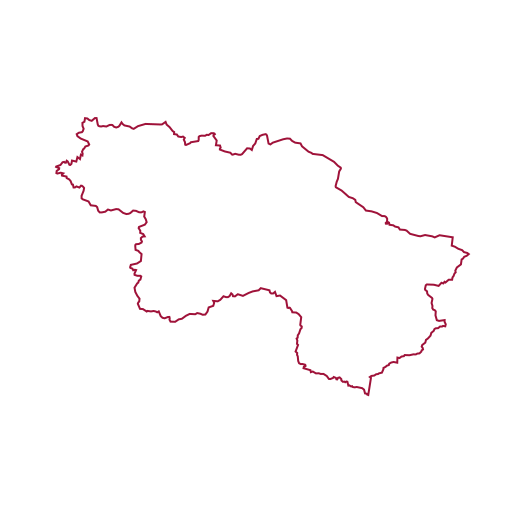 Puriscal, San José, Costa Rica, rotated 98°
{"feature_id": "36466004B36005628367911", "entity_name": "Puriscal", "entity_type": "district", "adm_level": 2, "iso_a3": "CRI", "parent_name": "Costa Rica", "parent_adm1": "San José", "projection": "natural_earth1", "projection_center": [-84.357, 9.734], "detail": "fine", "context": "isolated", "style": "outline", "palette": "rose", "viewbox_px": 512, "rotation_deg": 98, "n_neighbors": 0, "source": "geoboundaries", "source_scale": "gbopen_adm2", "svg_char_len": 6083}
<svg xmlns="http://www.w3.org/2000/svg" viewBox="0 0 512 512"><g transform="rotate(98 256 256)"><path d="M367.6,166.7L367.5,165.3L366.0,162.7L365.0,162.2L365.6,159.9L366.9,159.2L366.9,158.4L365.2,157.8L364.6,156.3L366.0,154.4L367.4,154.1L368.5,152.4L368.1,150.9L368.6,150.1L367.7,149.0L367.8,148.0L371.5,146.5L371.1,145.6L371.9,143.9L371.6,142.8L372.0,142.7L372.3,141.6L372.3,139.9L371.7,138.0L372.1,132.5L373.3,130.4L376.9,128.9L377.0,127.0L377.7,126.7L378.0,125.5L360.7,125.2L360.0,126.4L358.7,125.0L357.9,122.2L356.4,120.6L355.9,118.7L355.1,117.9L354.0,115.1L350.5,114.1L349.1,114.2L347.7,112.2L346.5,111.3L345.5,109.3L344.1,109.1L342.7,107.3L341.8,105.0L342.0,101.3L336.9,101.8L337.1,99.7L335.3,97.9L334.6,95.6L333.4,95.0L332.9,90.2L331.5,86.5L331.2,84.0L330.2,82.7L329.7,80.6L327.7,79.0L326.4,78.8L325.3,77.6L323.9,78.1L322.7,79.3L321.0,79.0L318.2,76.3L315.4,76.0L313.9,74.4L310.6,72.1L307.7,71.7L305.4,69.6L303.5,69.1L302.6,68.0L302.1,65.6L300.2,63.9L300.0,62.0L299.2,61.1L299.3,58.8L297.2,58.6L294.9,60.1L293.2,60.3L294.8,65.7L294.4,68.0L289.8,70.0L285.8,70.3L284.8,71.4L284.4,73.1L283.0,74.2L280.9,74.3L278.1,75.6L273.9,75.3L273.0,75.9L270.6,80.1L269.3,81.2L267.2,81.7L266.0,83.7L265.2,84.1L261.4,83.8L260.4,82.9L259.7,75.9L260.2,71.0L256.7,68.6L257.1,66.7L255.3,65.7L255.9,64.7L252.7,61.9L252.2,58.5L249.8,58.4L248.4,57.6L245.7,57.0L244.4,56.0L242.8,56.6L239.4,55.5L235.8,51.9L230.8,51.9L229.8,50.7L227.8,49.7L226.5,47.4L224.5,45.6L223.6,47.2L223.2,50.6L221.5,52.7L220.7,56.7L219.1,60.4L218.5,63.6L210.1,63.8L209.9,77.1L212.7,81.6L212.0,84.2L211.7,91.5L213.6,96.0L213.6,98.1L212.6,106.5L209.9,110.4L209.5,112.2L209.8,117.2L207.8,118.9L207.5,122.4L206.5,124.3L206.5,128.2L204.5,128.9L204.2,129.5L205.8,130.6L205.9,131.9L205.2,132.1L204.2,131.2L202.2,131.1L200.6,131.4L199.2,132.7L198.6,134.1L198.9,136.8L196.6,142.2L195.7,147.8L195.7,153.5L192.8,156.5L188.8,164.7L186.6,165.5L185.3,168.2L184.6,172.3L179.3,180.3L176.8,186.5L175.7,186.9L171.2,186.4L168.2,185.6L160.7,185.4L157.7,184.1L156.7,184.4L155.2,187.5L151.9,191.8L146.8,204.0L147.0,214.2L146.2,215.4L145.4,218.5L141.0,225.7L138.3,227.6L138.3,233.0L137.0,236.3L135.1,238.7L135.3,241.6L136.6,245.3L141.4,255.1L143.5,257.3L142.9,259.2L135.4,261.8L134.3,262.6L134.0,263.4L135.1,266.4L136.7,269.0L139.6,269.9L140.0,271.5L144.7,272.4L147.4,274.2L151.6,274.9L150.4,277.0L150.6,279.8L157.1,284.0L157.9,285.3L158.1,287.3L157.7,290.8L158.9,293.2L158.9,293.8L157.3,295.8L156.8,301.5L155.6,306.6L154.8,306.7L153.6,306.1L151.6,307.0L151.9,311.1L147.1,311.0L143.1,314.9L142.3,314.9L141.1,313.7L140.5,314.2L140.3,315.1L140.6,317.5L142.8,319.8L142.8,321.6L144.0,323.1L144.4,326.7L145.2,328.7L146.1,329.3L149.0,328.9L150.2,329.2L152.4,336.3L153.5,337.0L155.8,340.8L155.6,341.6L153.1,342.2L150.8,343.7L149.0,343.0L147.9,344.9L148.6,346.6L148.5,349.6L146.7,351.3L146.7,354.1L144.6,354.3L143.9,355.9L140.4,359.5L138.3,362.8L135.8,364.2L138.7,367.3L139.0,368.4L140.6,383.8L143.8,390.9L147.1,394.8L146.8,396.5L145.4,399.1L145.0,404.5L143.8,406.5L142.4,407.8L146.1,409.4L147.2,410.3L148.2,412.3L147.8,414.5L146.3,416.4L146.3,417.5L146.6,419.2L148.6,422.2L148.6,425.5L149.3,427.4L149.3,429.2L149.0,430.2L147.8,431.0L141.6,433.1L141.8,434.7L145.0,437.5L144.6,440.0L143.3,442.1L143.3,444.5L146.9,444.6L148.3,446.4L151.4,445.9L154.0,444.4L156.5,444.9L157.6,445.6L158.6,448.6L160.3,450.5L162.2,449.5L164.1,445.9L166.0,438.6L168.8,436.7L169.9,437.3L171.3,440.2L173.6,441.2L174.3,442.0L177.0,442.8L178.8,441.9L180.6,441.9L180.0,443.5L184.5,443.8L182.9,446.6L187.5,447.1L187.1,451.5L190.4,451.6L191.7,452.6L191.7,453.4L188.6,455.6L188.0,456.7L190.1,457.3L190.1,458.4L189.5,459.1L190.1,460.6L193.1,462.3L195.2,466.3L195.6,466.4L196.4,463.1L197.4,463.1L199.5,465.2L201.7,465.2L202.0,464.2L200.7,461.0L201.0,458.4L202.5,459.6L203.4,459.3L203.7,454.7L205.2,454.3L206.1,451.7L207.6,450.0L210.7,448.3L210.8,447.2L213.5,446.2L213.3,444.8L212.1,443.5L212.8,440.4L210.7,439.1L210.7,438.2L211.5,436.8L212.6,435.7L215.4,435.8L220.7,437.1L223.2,436.7L224.0,435.4L225.3,429.4L228.8,426.7L228.7,421.6L229.7,420.1L233.1,418.6L234.6,416.8L234.3,414.8L233.1,411.4L230.6,409.1L231.1,406.0L229.0,401.0L228.9,398.6L231.8,393.6L232.5,390.2L231.9,388.0L231.0,386.5L228.1,384.0L228.0,381.1L228.9,378.1L228.9,376.6L228.6,375.3L227.5,373.7L227.9,372.2L232.5,372.2L234.9,370.3L237.7,369.0L240.4,370.4L243.5,375.9L244.7,376.1L247.1,374.1L249.2,373.9L250.0,370.7L252.1,369.0L252.6,371.1L254.3,372.5L256.0,372.2L257.4,371.0L258.6,371.2L260.4,373.7L261.0,376.4L261.8,377.0L262.8,377.0L266.7,376.1L267.3,373.2L268.4,372.1L270.0,369.6L277.0,369.3L280.0,372.8L282.2,378.7L284.6,379.1L285.3,378.7L285.7,376.6L287.2,375.6L286.5,374.1L286.6,372.8L290.4,373.9L291.6,373.6L292.1,370.8L291.7,367.7L292.2,366.8L295.4,367.2L296.7,368.6L298.8,368.9L299.6,369.8L304.3,371.9L308.4,370.5L311.9,368.0L314.5,365.4L317.3,365.3L318.4,366.1L319.7,366.4L324.5,363.5L324.3,360.6L326.2,356.5L325.5,356.0L325.5,352.3L324.7,349.7L324.9,347.5L325.5,346.0L324.4,344.6L328.8,342.0L330.2,340.0L330.4,337.8L328.7,334.8L328.4,333.3L329.6,332.8L331.1,332.8L332.9,331.5L332.4,326.9L329.5,323.7L328.5,320.7L324.9,317.0L322.6,313.6L322.1,308.0L320.7,306.3L320.9,303.1L321.6,300.6L321.0,298.0L317.8,296.3L313.5,295.7L311.3,291.4L308.2,290.9L306.4,292.1L306.2,287.6L304.4,285.3L300.4,282.6L300.9,279.9L300.6,278.0L299.4,276.6L296.4,275.4L297.4,273.9L299.0,273.2L298.9,271.2L296.4,268.7L297.3,263.4L293.6,258.1L291.5,254.3L289.6,248.6L287.2,246.8L288.1,237.9L290.1,237.1L291.0,235.7L290.7,233.8L288.9,232.2L292.9,230.1L291.8,226.7L295.5,220.0L302.8,217.7L303.0,216.7L302.5,215.9L302.6,215.2L305.5,212.7L306.7,212.2L306.4,208.3L307.6,205.7L310.3,202.7L318.0,202.6L318.6,202.3L319.4,200.9L320.9,200.8L322.3,201.8L326.7,202.6L328.7,203.6L331.1,203.4L332.1,204.3L334.0,203.3L337.3,203.2L338.2,202.0L345.1,203.5L346.3,201.7L348.2,201.6L349.5,200.7L354.1,199.6L356.2,198.4L356.8,196.6L356.5,195.1L356.8,192.3L357.3,191.8L358.2,191.7L359.0,193.2L360.5,193.3L361.5,186.2L363.4,185.5L362.5,183.7L363.9,180.3L363.4,177.5L363.8,175.4L363.4,172.7L365.0,169.2L367.6,166.7Z" fill="none" stroke="#9f1239" stroke-width="2"/></g></svg>